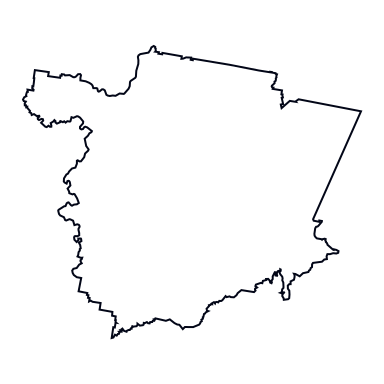 Wingecarribee, New South Wales, Australia (Mercator projection)
{"feature_id": "25037944B71438306812596", "entity_name": "Wingecarribee", "entity_type": "district", "adm_level": 2, "iso_a3": "AUS", "parent_name": "Australia", "parent_adm1": "New South Wales", "projection": "mercator", "projection_center": [150.329, -34.491], "detail": "fine", "context": "isolated", "style": "outline", "palette": "ink", "viewbox_px": 384, "rotation_deg": 0, "n_neighbors": 0, "source": "geoboundaries", "source_scale": "gbopen_adm2", "svg_char_len": 5799}
<svg xmlns="http://www.w3.org/2000/svg" viewBox="0 0 384 384"><path d="M182.8,329.1L184.9,327.0L193.1,327.1L199.2,324.6L200.2,323.3L200.4,322.2L201.8,321.2L201.4,319.7L202.9,318.7L202.8,317.2L203.4,316.9L204.0,314.0L205.1,313.5L205.7,312.4L208.2,311.1L207.0,310.7L206.6,308.7L209.0,306.1L208.9,305.2L210.2,305.0L210.7,304.3L212.1,304.3L211.8,303.4L213.9,302.2L215.0,303.4L215.3,302.3L216.9,301.9L218.2,302.4L219.3,300.9L221.1,301.0L222.3,300.3L225.6,296.1L226.6,297.1L229.6,296.4L230.8,297.1L233.9,297.3L236.5,295.2L237.7,293.1L241.4,290.1L254.0,292.1L255.5,290.6L255.0,289.5L255.1,288.6L257.1,287.5L255.4,286.1L255.9,284.6L260.8,282.9L262.3,283.2L262.9,280.9L266.3,280.0L266.1,279.0L268.2,278.9L269.7,280.6L270.2,282.6L271.5,283.2L271.9,282.2L271.3,281.1L272.7,279.1L272.7,276.4L274.8,272.2L275.7,272.3L275.6,275.5L277.9,275.9L276.9,275.4L276.9,273.0L277.8,271.2L280.4,270.4L280.3,269.3L280.7,269.5L280.7,270.9L279.4,272.2L280.3,274.3L282.2,276.6L282.6,278.3L282.3,280.3L283.3,282.5L283.5,287.0L283.4,288.0L282.2,289.3L281.8,292.2L280.4,292.8L281.5,293.2L284.6,292.0L282.4,294.5L282.3,296.1L283.7,298.4L283.8,299.8L288.1,299.2L289.2,298.2L289.5,294.6L289.3,290.7L287.9,288.7L287.8,285.6L289.3,284.1L290.6,284.1L290.6,281.4L294.0,279.7L294.6,276.8L294.5,274.7L294.0,273.8L295.4,274.0L299.7,276.3L303.0,273.2L308.4,272.0L309.0,270.5L310.2,269.8L310.6,268.2L312.0,267.1L312.1,264.3L313.0,262.9L322.0,261.7L324.3,259.5L326.9,259.1L326.6,256.3L327.4,254.1L330.2,254.1L333.1,253.2L336.4,253.5L338.2,252.8L338.5,251.1L336.3,249.9L333.8,249.3L333.7,249.9L333.1,249.7L327.5,244.8L327.1,243.3L325.9,242.1L326.0,241.5L325.3,240.6L325.7,239.1L324.7,238.7L322.4,239.2L322.0,239.7L321.5,239.2L316.9,238.4L315.6,237.2L314.6,235.7L314.4,233.8L315.2,228.3L316.1,226.8L317.6,226.5L318.5,225.7L321.8,221.8L321.9,221.0L319.3,220.5L319.1,221.8L313.7,220.7L313.1,219.2L361.0,111.3L298.6,99.3L295.4,101.6L295.6,101.8L289.8,100.9L281.6,108.1L280.8,104.5L283.1,104.0L281.7,97.8L282.9,97.5L282.3,95.0L282.5,94.5L281.4,94.3L282.0,90.4L272.8,88.9L273.4,87.6L272.2,87.4L271.7,86.5L271.9,85.7L274.6,83.2L274.5,81.6L275.6,80.9L275.9,79.7L275.8,78.3L276.5,77.4L276.3,76.1L277.0,74.3L275.7,73.9L275.6,73.2L271.6,72.5L271.7,72.0L270.2,71.8L270.2,72.3L258.9,70.5L229.7,64.8L193.0,58.7L192.8,60.2L190.7,59.8L191.1,57.6L186.1,57.4L183.2,58.6L181.4,58.8L181.8,56.3L162.4,52.9L162.2,54.3L158.4,53.7L158.9,52.2L155.4,51.7L156.0,51.2L155.6,50.3L155.7,48.5L155.1,48.0L155.2,46.9L153.7,46.0L151.4,47.4L150.4,49.8L148.5,52.6L140.3,54.1L138.5,55.4L137.9,56.9L138.4,60.2L138.3,64.0L136.3,70.7L135.9,76.7L135.3,77.8L130.7,80.9L130.0,82.0L129.7,86.2L128.6,88.7L124.4,93.5L123.8,93.9L119.6,93.5L115.6,95.8L112.7,95.5L109.8,96.0L107.8,95.6L106.4,94.8L104.8,90.4L103.4,89.4L102.1,89.3L99.5,91.4L98.5,91.6L97.9,91.0L97.3,88.5L96.6,88.1L93.3,88.1L92.5,85.5L91.4,84.2L89.2,82.8L85.7,81.3L80.4,80.4L80.4,77.8L81.0,75.2L80.2,74.1L78.1,74.2L75.9,76.6L74.7,77.2L73.3,77.2L69.7,75.1L65.0,75.4L64.2,74.5L61.8,74.2L61.6,75.7L60.4,75.5L60.1,77.8L48.1,76.1L48.8,72.1L34.9,70.1L33.7,78.1L34.3,78.2L33.8,82.9L33.3,86.4L32.4,86.2L32.2,88.2L33.6,89.7L33.4,90.6L27.5,89.6L27.8,91.8L27.1,91.8L26.6,93.0L26.0,95.3L26.4,96.1L24.2,97.3L23.0,99.6L23.8,101.1L25.8,101.6L24.7,103.5L24.8,105.3L26.0,105.3L26.2,107.2L27.3,106.8L27.3,107.9L30.0,110.9L29.5,112.3L31.2,113.1L31.7,115.0L34.0,114.1L36.7,116.0L39.2,115.8L39.4,116.6L37.7,117.9L37.9,119.2L39.0,120.0L41.6,118.9L42.9,119.2L43.2,120.6L41.1,122.8L45.3,126.7L46.7,127.1L48.5,125.7L50.0,126.8L51.3,126.7L51.4,125.7L50.7,123.1L53.3,121.5L54.4,120.1L55.5,121.2L55.4,122.4L56.9,123.6L60.2,122.2L60.1,121.3L60.5,121.1L62.9,122.2L64.2,121.3L65.6,122.6L67.3,121.2L69.9,121.6L70.5,121.1L71.5,117.2L73.4,117.8L77.0,116.2L78.3,116.5L80.1,117.7L83.2,121.5L83.0,123.4L80.0,126.8L80.0,128.3L80.5,128.9L81.5,129.4L83.0,129.0L84.3,127.1L85.2,126.7L87.2,127.4L91.9,131.1L91.4,132.2L89.4,133.3L88.0,135.7L84.7,138.7L86.2,146.0L88.6,149.4L88.2,150.6L85.1,153.5L84.2,157.2L81.0,161.3L79.4,161.4L77.7,160.3L76.9,160.7L76.9,163.7L75.4,167.6L72.0,168.5L69.1,171.5L68.0,173.6L66.4,174.5L64.0,178.4L63.8,181.5L64.6,182.5L66.6,183.6L67.4,181.1L68.4,180.8L69.2,181.1L69.8,182.1L70.4,185.5L67.6,188.6L69.1,191.5L69.3,193.2L72.5,194.4L73.8,193.9L74.6,194.2L77.1,198.4L78.8,203.0L76.9,204.3L74.0,204.6L72.0,205.7L71.0,205.2L68.6,202.4L67.6,202.6L66.7,203.3L65.5,206.1L64.1,206.3L58.6,209.8L58.2,210.7L59.0,213.9L60.1,215.4L63.9,217.2L65.2,220.1L66.2,220.5L69.4,219.2L70.4,219.4L73.1,220.7L74.4,225.1L77.3,224.3L78.8,224.8L79.4,225.6L79.6,226.8L78.5,228.8L78.5,230.0L79.2,233.0L79.2,235.3L77.5,236.2L75.1,236.1L74.4,236.5L74.1,237.5L74.4,239.7L76.6,242.0L78.4,240.1L78.3,238.6L80.8,238.5L81.1,238.9L81.4,241.1L78.9,242.6L80.2,245.1L80.7,248.3L79.8,249.0L79.8,250.6L78.6,252.1L78.2,255.0L77.5,256.5L80.8,257.8L82.2,257.7L81.7,259.2L80.5,260.3L80.6,261.5L81.7,263.3L79.2,264.6L76.7,268.0L73.4,268.8L72.2,270.6L72.7,273.0L73.8,275.0L76.8,277.2L81.2,278.0L78.6,291.3L87.3,293.0L86.9,294.9L88.4,295.2L88.0,297.8L89.6,298.0L89.1,301.4L90.6,300.6L92.6,301.8L100.6,303.0L99.6,309.6L112.4,311.9L112.1,315.7L115.7,316.4L115.2,320.1L115.8,320.2L115.5,322.1L116.2,322.7L115.6,322.6L114.8,327.5L113.3,327.2L111.7,338.0L113.4,337.5L115.0,334.7L116.7,335.6L117.8,334.0L119.0,333.8L119.4,332.4L119.0,331.8L121.2,331.7L120.4,330.3L121.8,330.4L121.5,329.3L122.4,328.6L124.1,330.9L126.5,331.7L126.7,330.9L128.5,330.0L129.8,330.0L130.5,328.9L131.5,328.7L131.3,328.0L132.5,327.2L131.9,325.4L132.2,326.2L133.4,326.6L136.6,326.2L137.5,324.9L137.5,323.7L139.9,325.6L142.9,325.2L143.6,324.6L143.8,322.9L144.8,323.1L146.9,322.1L148.0,323.2L149.6,323.4L150.1,322.1L152.2,322.0L152.8,320.7L154.3,320.8L154.8,319.8L154.2,319.2L155.5,318.9L154.6,318.2L165.9,320.8L169.8,319.4L174.5,323.1L177.2,324.5L179.4,324.8L182.8,329.1Z" fill="none" stroke="#020617" stroke-width="2"/></svg>